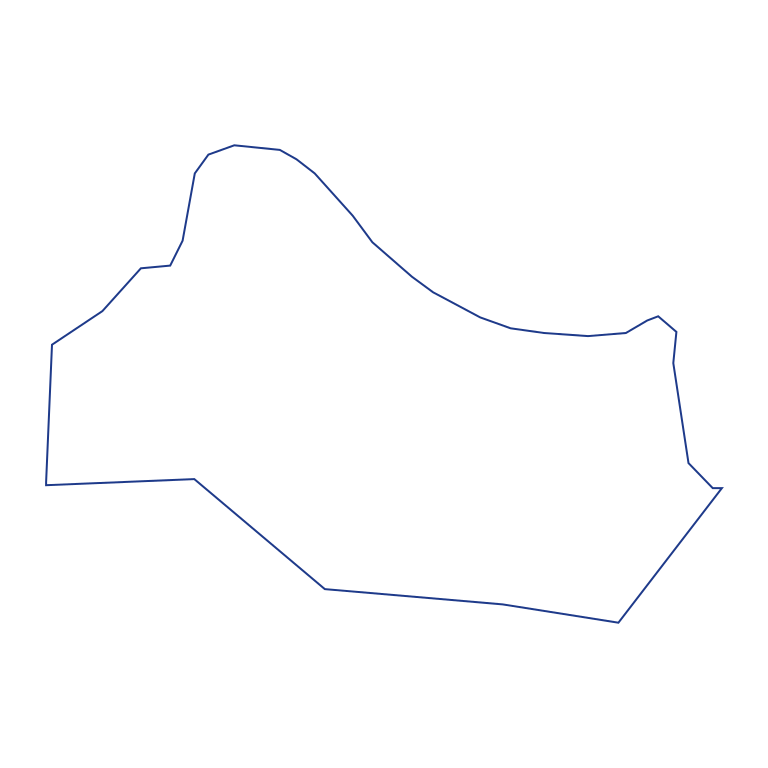 Bella Rosa, Castries, Saint Lucia (Mercator projection)
{"feature_id": "8701671B73008172575008", "entity_name": "Bella Rosa", "entity_type": "district", "adm_level": 2, "iso_a3": "LCA", "parent_name": "Saint Lucia", "parent_adm1": "Castries", "projection": "mercator", "projection_center": [-60.996, 14.008], "detail": "fine", "context": "isolated", "style": "outline", "palette": "blue", "viewbox_px": 768, "rotation_deg": 0, "n_neighbors": 0, "source": "geoboundaries", "source_scale": "gbopen_adm2", "svg_char_len": 543}
<svg xmlns="http://www.w3.org/2000/svg" viewBox="0 0 768 768"><path d="M46.1,482.2L46.1,485.2L194.3,479.1L324.8,589.1L326.9,589.3L502.7,604.4L618.4,622.7L721.9,488.1L712.7,488.1L688.5,463.1L673.3,363.1L676.4,331.9L658.2,316.3L647.2,320.5L625.9,333.0L588.0,336.1L544.0,333.0L510.6,328.3L480.2,317.4L433.1,292.3L411.9,276.7L372.4,242.3L352.7,215.7L314.7,173.4L296.5,159.3L279.8,149.9L234.3,145.3L208.4,154.6L194.8,173.4L182.6,240.7L170.2,265.6L140.9,268.3L102.4,311.1L52.0,344.7L46.1,482.2Z" fill="none" stroke="#1e3a8a" stroke-width="2"/></svg>